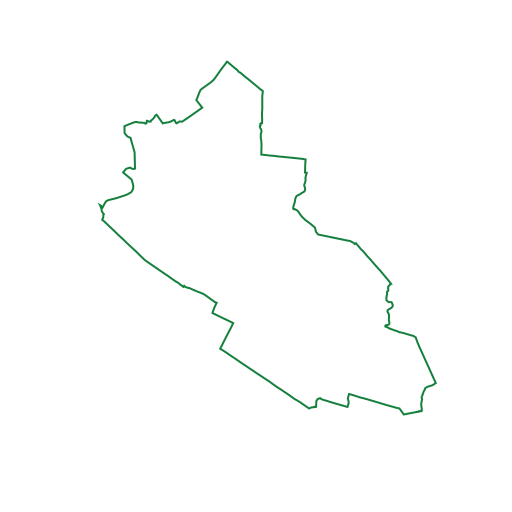 Bucsani, Giurgiu, Romania, rotated 254°
{"feature_id": "2599482B97241972850799", "entity_name": "Bucsani", "entity_type": "district", "adm_level": 2, "iso_a3": "ROU", "parent_name": "Romania", "parent_adm1": "Giurgiu", "projection": "robinson", "projection_center": [25.651, 44.361], "detail": "fine", "context": "isolated", "style": "outline", "palette": "green", "viewbox_px": 512, "rotation_deg": 254, "n_neighbors": 0, "source": "geoboundaries", "source_scale": "gbopen_adm2", "svg_char_len": 6019}
<svg xmlns="http://www.w3.org/2000/svg" viewBox="0 0 512 512"><g transform="rotate(254 256 256)"><path d="M191.9,378.2L197.8,375.8L201.3,374.2L203.6,373.2L208.1,371.2L209.2,370.5L211.5,369.5L215.8,367.4L220.0,365.5L220.9,365.1L225.0,363.0L231.2,360.2L232.3,359.5L234.6,358.3L237.3,357.2L238.3,356.6L240.7,355.6L240.5,355.3L240.3,354.2L241.8,353.4L242.2,353.0L243.4,351.6L244.0,351.1L244.2,350.8L244.5,350.6L245.8,347.8L259.5,321.7L262.5,320.4L263.0,320.3L266.0,320.5L266.9,320.4L267.5,320.2L271.7,317.4L277.1,313.3L280.4,311.4L280.5,311.3L281.8,310.7L284.2,309.8L287.1,308.9L288.2,308.3L288.7,307.9L290.5,306.0L290.9,305.5L291.0,305.2L290.8,305.1L291.1,304.8L291.9,305.0L293.1,305.5L294.5,306.4L295.5,307.1L296.4,307.7L300.2,309.6L300.8,310.0L302.0,311.0L302.3,311.4L302.6,312.0L302.9,313.0L302.9,313.9L303.1,314.8L303.4,315.9L304.0,317.3L304.3,319.1L304.5,319.7L304.7,320.2L305.4,321.0L306.1,321.4L306.7,321.7L307.6,321.8L309.0,321.9L309.7,321.7L310.2,321.8L311.3,322.1L311.8,322.4L312.6,323.1L313.5,323.7L314.9,324.4L316.4,324.9L317.2,325.0L318.0,325.3L318.9,325.8L322.0,327.7L322.7,326.1L331.1,328.8L335.1,330.3L336.9,326.6L339.7,319.7L343.3,310.6L343.6,310.2L344.2,308.2L346.0,303.9L346.0,303.7L346.4,302.9L347.6,300.1L348.3,298.1L352.1,289.0L356.6,290.5L361.6,292.0L365.3,292.8L366.2,293.0L367.7,293.0L371.2,294.0L372.0,294.3L373.6,295.3L374.5,295.7L375.7,295.8L376.3,295.8L377.7,295.4L379.7,295.4L380.5,296.6L381.3,296.4L381.6,296.4L382.0,296.7L382.2,297.3L382.2,297.7L382.0,298.4L385.0,299.4L389.3,300.5L392.1,301.3L395.7,302.6L401.7,304.3L405.2,305.3L408.6,306.3L410.0,307.0L412.4,307.9L412.8,308.0L414.3,306.7L415.9,305.6L419.2,303.4L427.8,297.5L431.1,295.1L433.8,293.3L435.6,292.1L436.2,291.8L436.8,291.2L437.3,290.5L437.7,290.2L439.3,289.5L440.2,289.2L441.6,288.0L449.2,282.9L450.6,281.9L450.8,281.5L449.3,279.8L448.2,278.3L446.3,275.7L444.1,272.8L439.3,266.9L437.7,264.8L437.1,263.9L436.1,262.1L434.9,259.2L434.0,256.5L432.0,251.0L431.7,250.1L430.9,248.5L428.5,246.3L426.6,245.0L423.3,242.4L422.4,241.6L413.4,245.2L408.5,231.2L405.5,222.1L405.5,221.8L405.6,221.6L406.2,220.3L406.3,220.0L406.3,219.6L406.2,218.9L405.4,216.5L405.5,216.0L405.8,215.8L409.2,215.1L409.4,214.9L409.4,214.5L408.7,210.6L408.6,209.3L409.0,205.9L409.2,204.2L409.2,202.9L417.6,200.0L418.9,199.5L419.2,199.2L418.7,197.8L417.5,196.7L416.7,195.6L416.0,194.4L415.0,192.3L414.4,191.9L414.7,191.6L414.5,191.2L414.5,190.6L414.6,190.3L415.9,188.8L416.1,188.3L415.8,188.1L415.3,188.1L415.2,188.1L414.9,187.9L414.2,187.6L413.9,187.3L413.7,186.7L413.7,186.1L414.4,185.7L414.8,185.2L416.2,181.5L416.6,180.2L416.9,179.5L417.3,179.2L418.1,176.8L418.0,174.9L417.5,169.0L417.0,165.3L410.2,163.5L406.3,165.4L404.5,167.5L404.1,168.0L401.7,167.9L389.2,167.9L373.4,163.8L373.4,162.3L374.2,160.7L375.7,159.3L375.7,158.8L375.6,155.1L372.9,151.3L363.8,157.5L359.4,157.5L357.0,157.3L354.3,156.3L352.8,154.8L351.7,153.6L350.7,149.5L350.4,146.7L350.1,137.6L350.4,129.6L350.1,127.4L348.7,125.5L345.0,122.0L346.2,121.2L346.9,120.9L347.8,120.1L346.0,120.4L345.5,120.3L343.7,120.5L342.6,120.2L341.7,120.1L339.4,120.7L338.2,121.3L337.3,120.5L334.7,119.6L334.2,118.9L333.4,118.3L333.1,118.2L332.9,118.2L332.6,118.4L332.1,118.9L331.3,119.5L330.5,120.0L329.6,120.4L328.7,121.1L327.5,121.7L326.0,122.6L319.1,126.7L314.3,129.4L308.1,133.2L304.7,135.1L292.6,142.4L288.1,144.9L283.1,147.8L282.6,148.1L269.8,158.6L263.5,163.8L260.9,166.1L258.6,167.8L253.6,171.9L251.7,173.8L249.8,175.1L249.3,175.3L248.6,176.0L246.4,177.6L247.0,178.3L247.2,178.7L246.7,179.0L245.9,179.4L245.6,179.6L244.9,180.8L244.0,181.9L243.8,182.6L243.6,183.0L240.4,186.8L238.1,189.7L236.5,191.8L235.9,192.8L235.2,193.3L234.9,193.9L233.9,195.1L232.3,196.5L228.6,199.4L225.9,201.5L222.9,203.9L221.9,205.3L218.5,202.3L214.3,199.1L213.1,198.5L197.8,215.6L194.1,212.3L187.5,206.0L176.7,196.0L173.0,199.4L170.4,201.6L167.3,204.1L163.8,207.1L157.1,212.6L148.3,220.0L147.7,220.6L145.1,222.7L136.2,230.3L132.3,233.7L126.7,238.1L123.0,241.1L121.8,242.3L113.7,249.1L109.1,252.7L107.9,253.7L106.4,255.2L104.9,256.5L104.1,257.4L94.8,265.0L95.2,267.6L94.7,269.7L94.7,270.0L94.8,270.2L95.0,270.3L94.9,270.8L94.5,271.3L94.4,271.6L94.3,271.9L94.4,272.2L99.9,274.0L101.5,275.8L101.5,276.0L101.5,276.9L101.7,277.8L101.7,278.3L101.7,278.5L101.3,278.8L100.4,279.3L98.7,281.8L97.6,283.5L97.0,284.6L95.7,286.3L94.9,287.7L94.2,288.7L93.5,289.8L85.7,302.3L87.1,303.3L89.0,304.5L90.8,304.9L93.7,305.0L97.7,307.4L97.2,308.3L93.5,314.0L91.5,316.8L89.9,319.7L87.2,324.1L76.5,340.8L71.1,349.6L69.9,351.9L62.9,354.4L62.6,358.2L61.9,366.2L61.5,369.6L61.9,369.7L62.0,369.9L61.8,370.5L61.4,371.3L61.2,372.4L61.7,372.8L62.5,372.8L62.9,373.0L63.5,373.2L67.7,373.8L69.3,374.6L70.1,374.8L71.5,375.7L72.5,376.2L72.9,376.2L73.6,376.0L74.4,376.4L75.0,376.5L76.6,377.9L77.1,378.1L77.7,378.6L79.6,379.9L80.7,381.0L80.8,381.2L80.9,381.4L82.1,382.1L82.3,382.3L82.7,383.4L82.9,384.3L83.1,385.6L83.0,386.7L83.1,389.5L83.4,390.7L83.6,391.2L83.6,391.9L84.1,393.0L84.2,393.5L84.3,393.8L123.5,388.0L128.7,387.4L133.8,387.1L134.1,386.7L135.0,386.0L136.3,384.7L136.9,383.2L137.4,382.6L137.7,382.1L139.1,380.0L139.5,379.1L140.5,377.9L141.7,375.7L142.6,374.3L142.8,373.9L142.9,373.3L143.2,372.8L145.1,370.7L145.7,369.6L148.1,366.3L149.1,364.8L150.9,363.0L151.5,362.4L152.5,360.9L153.1,361.0L153.3,361.1L153.6,361.4L153.6,361.9L153.4,363.0L153.4,363.9L153.5,364.5L153.7,365.0L153.9,365.3L154.5,365.7L155.3,365.9L157.4,366.0L158.4,366.2L160.7,367.1L162.9,367.6L164.6,367.5L165.3,367.2L165.9,367.1L166.9,367.2L167.3,367.4L167.5,367.5L167.8,368.1L168.0,368.5L168.2,369.2L168.6,371.2L168.9,371.9L169.6,373.1L170.0,373.5L170.3,373.7L170.6,373.8L171.4,373.9L172.1,373.8L173.5,373.8L174.1,373.6L174.5,373.1L174.8,371.6L175.0,371.2L175.8,370.3L176.1,370.1L177.3,369.3L177.7,369.2L179.9,369.8L180.7,370.3L181.7,370.6L183.0,371.5L185.2,371.9L185.5,372.2L185.7,372.5L185.8,372.8L186.0,373.3L186.3,373.6L188.2,374.1L189.0,374.2L190.1,374.7L190.6,375.2L190.8,376.1L191.5,376.7L191.7,377.1L191.9,377.4L191.9,378.2Z" fill="none" stroke="#15803d" stroke-width="2"/></g></svg>